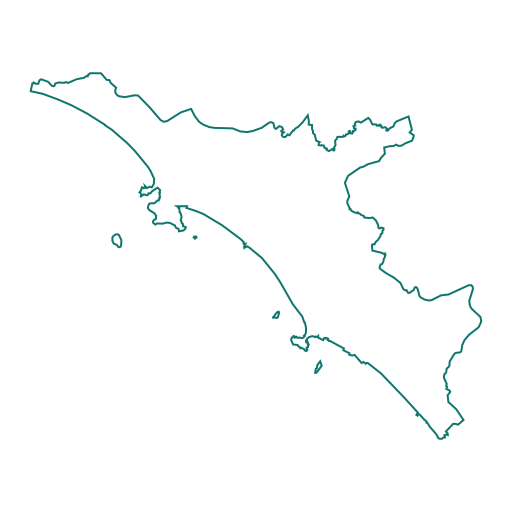 Laem Sing, Chanthaburi, Thailand (Albers equal-area conic projection)
{"feature_id": "78962969B29743694445242", "entity_name": "Laem Sing", "entity_type": "district", "adm_level": 2, "iso_a3": "THA", "parent_name": "Thailand", "parent_adm1": "Chanthaburi", "projection": "albers", "projection_center": [102.119, 12.455], "detail": "fine", "context": "isolated", "style": "outline", "palette": "teal", "viewbox_px": 512, "rotation_deg": 0, "n_neighbors": 0, "source": "geoboundaries", "source_scale": "gbopen_adm2", "svg_char_len": 6053}
<svg xmlns="http://www.w3.org/2000/svg" viewBox="0 0 512 512"><path d="M413.8,135.3L409.7,132.6L411.9,129.8L408.5,116.5L396.8,121.3L395.0,122.8L393.3,126.5L389.7,128.3L387.7,130.7L386.3,130.4L387.1,128.9L385.4,127.2L382.2,127.8L381.3,126.9L381.3,125.6L379.6,125.8L379.7,124.8L376.9,125.7L376.2,124.4L372.4,124.4L370.2,119.9L368.3,117.9L360.9,122.6L358.6,121.4L355.8,122.0L354.8,123.7L355.3,125.6L353.5,126.1L354.0,128.4L355.6,128.6L355.7,129.6L354.0,131.1L352.9,131.1L353.0,132.2L352.1,133.6L350.3,133.2L350.2,131.2L349.6,130.9L348.6,131.8L349.1,133.2L347.4,134.3L346.0,134.4L345.7,135.6L344.6,136.3L344.0,136.4L343.6,135.8L342.7,136.9L337.4,136.9L336.9,138.6L335.1,140.7L335.5,145.3L334.4,146.8L334.3,150.2L333.4,150.5L332.7,148.8L329.0,151.1L326.5,149.9L326.8,148.6L324.3,147.7L324.0,145.7L321.9,145.1L321.0,145.6L318.7,145.1L318.8,142.7L319.6,142.1L316.2,140.6L314.7,134.6L313.0,133.1L313.0,130.9L312.1,129.4L312.1,125.1L308.7,124.6L308.9,121.1L307.7,115.3L302.9,122.0L298.2,126.8L295.1,128.7L293.8,130.6L293.0,130.5L289.5,135.3L287.6,134.4L285.7,136.8L284.5,137.1L282.9,136.7L281.8,135.4L281.9,134.0L283.9,132.3L281.3,131.5L281.3,130.8L283.2,129.4L281.8,127.0L279.4,126.1L276.2,128.8L275.4,128.8L274.4,127.4L273.4,123.2L271.5,122.2L269.4,122.5L261.7,127.8L253.1,130.9L247.2,132.1L240.3,131.4L232.6,128.4L214.8,127.9L209.3,127.1L203.0,124.5L199.1,121.8L194.6,115.8L191.1,108.9L180.8,112.4L167.3,121.0L163.8,121.8L160.7,120.2L149.7,107.4L138.0,95.5L134.5,95.3L125.0,97.1L119.7,96.4L117.3,95.4L115.3,92.5L115.3,90.1L116.1,87.7L110.7,82.9L109.5,80.2L106.6,79.8L101.1,73.3L90.2,73.2L89.1,74.4L88.4,74.4L87.7,76.3L86.6,76.0L83.9,77.8L76.4,79.3L67.9,83.0L66.0,82.0L64.3,82.8L58.5,82.5L55.2,83.6L54.5,85.7L53.6,86.3L51.9,85.8L48.1,81.8L41.2,79.3L39.4,80.4L38.3,83.7L36.2,83.9L33.6,82.5L33.0,83.6L32.3,83.6L30.7,91.2L42.9,93.9L57.8,99.4L71.5,105.3L86.9,113.4L105.0,124.8L104.9,125.2L111.9,129.8L127.1,143.0L134.9,151.0L148.0,166.9L150.7,171.3L154.2,178.9L153.8,184.0L151.8,187.4L149.5,186.7L146.8,188.1L144.9,186.0L145.3,187.8L144.3,187.6L143.7,188.2L142.0,187.3L140.9,190.7L139.5,192.4L140.7,193.2L141.4,195.0L140.3,197.0L143.8,194.3L146.7,195.3L147.9,194.9L148.5,193.3L150.3,193.4L152.0,191.3L157.5,187.6L160.2,190.3L159.3,192.6L159.9,192.8L159.5,194.7L160.1,197.1L159.1,198.0L159.5,198.7L158.7,200.5L157.6,200.4L154.4,203.2L149.9,203.4L149.0,204.1L147.9,207.2L148.2,208.7L149.4,210.2L154.0,212.9L156.1,215.7L156.0,218.7L153.4,220.5L153.0,221.6L153.1,222.7L155.3,224.6L156.7,223.5L163.1,223.6L166.2,222.6L169.9,222.9L175.1,225.6L175.4,227.0L176.4,228.0L178.5,228.9L179.0,231.3L183.7,230.4L185.5,228.4L185.7,227.1L183.0,226.2L183.1,224.1L181.8,223.4L181.5,221.4L180.7,220.6L181.6,216.4L180.3,212.6L179.7,212.5L179.2,208.0L178.5,208.0L178.3,207.1L177.0,206.3L187.0,206.2L186.4,207.9L196.5,211.2L203.7,214.2L222.3,225.4L240.9,239.3L243.8,242.2L243.5,243.5L244.1,244.1L245.5,243.8L244.1,246.6L244.6,246.7L244.5,247.8L247.0,246.3L249.1,247.4L261.9,258.0L274.9,274.0L280.1,282.0L293.0,304.5L302.3,316.6L304.3,322.4L304.9,322.5L306.1,328.3L305.9,332.6L305.1,334.8L304.1,335.5L304.6,336.2L303.4,337.6L301.7,338.1L299.4,337.5L297.4,337.9L296.5,336.8L294.7,337.6L294.5,336.3L293.4,336.1L293.0,337.1L291.7,337.6L291.1,340.0L293.2,344.5L297.6,345.0L298.5,346.4L300.5,347.4L300.4,348.2L301.8,348.1L303.8,349.0L305.1,350.7L306.5,351.0L307.4,349.8L306.5,348.6L306.6,347.7L308.0,347.1L307.9,344.8L308.7,344.6L307.7,342.5L306.4,342.6L306.3,342.2L307.5,341.8L307.2,341.0L306.1,341.4L305.9,340.9L307.0,338.9L308.9,337.2L312.2,336.1L315.1,337.1L315.5,336.5L317.2,337.0L318.2,336.0L318.3,337.7L323.1,340.1L324.1,338.1L325.2,338.6L326.0,337.8L328.1,338.7L327.6,340.0L329.2,341.1L329.8,340.8L343.9,348.5L343.3,350.2L349.5,353.3L349.3,354.8L352.3,355.5L354.6,354.9L361.6,363.0L363.4,361.9L365.7,363.8L366.7,362.9L367.8,363.0L381.2,373.6L404.4,397.8L417.8,412.5L416.4,414.9L417.5,415.7L418.6,414.1L419.6,414.4L424.3,419.7L426.1,421.0L426.5,422.6L427.1,422.4L429.9,426.9L435.4,433.2L437.5,436.2L437.9,437.8L439.7,438.8L442.1,438.7L443.3,437.6L444.9,437.4L444.4,435.1L446.1,434.6L447.8,435.1L447.6,433.2L445.9,431.5L453.2,423.8L455.9,423.9L457.9,424.7L463.5,420.0L456.4,409.4L448.4,402.0L447.6,395.3L450.3,391.8L449.2,390.3L446.3,388.8L447.1,386.7L446.2,385.8L446.7,383.9L443.9,377.7L444.3,374.3L446.1,372.7L446.7,368.7L449.3,366.2L449.7,361.5L454.3,353.9L455.8,352.9L460.0,352.4L461.2,351.5L462.3,345.1L464.4,340.3L468.9,334.9L478.6,327.3L481.3,321.5L480.4,316.9L472.0,309.1L470.6,307.2L469.7,304.5L469.3,300.6L472.9,289.3L472.7,286.8L471.3,285.2L468.7,285.2L448.5,294.5L441.2,295.3L431.6,300.1L428.9,300.5L424.7,299.6L420.3,297.2L419.4,295.7L417.5,288.5L416.2,287.2L414.7,287.4L413.8,289.9L409.3,293.0L408.0,292.8L406.6,290.2L405.4,290.4L403.4,289.2L400.5,283.0L394.1,277.8L385.7,272.9L380.1,268.8L379.5,267.7L380.6,264.5L382.2,263.9L383.4,261.5L383.8,258.9L385.0,256.8L384.8,255.4L385.4,254.9L384.3,254.0L384.6,253.5L383.2,253.7L382.1,252.9L372.4,250.6L371.9,245.3L372.5,244.3L374.5,244.4L375.6,242.1L378.1,239.8L380.4,236.1L380.8,234.2L382.3,233.2L382.6,230.2L383.5,229.6L383.5,228.3L381.6,227.6L379.5,228.4L378.4,227.8L378.1,224.8L375.8,220.3L372.6,217.5L369.6,218.1L364.3,217.5L363.8,216.0L360.8,214.7L359.5,213.4L357.8,213.3L357.6,212.4L356.7,213.0L353.7,212.1L351.1,210.5L350.5,209.0L349.6,209.1L349.7,208.3L347.3,203.0L347.3,201.1L349.3,196.4L344.9,182.8L348.1,175.8L360.2,167.5L363.2,166.8L368.1,164.1L379.1,161.1L381.0,157.8L384.9,153.7L384.2,147.5L389.7,146.2L393.4,146.1L396.3,144.6L398.4,145.9L401.4,145.7L405.6,143.2L412.0,140.7L413.5,137.1L413.8,135.3ZM119.7,247.2L120.7,246.5L121.1,245.3L121.4,240.3L119.0,235.1L117.8,234.3L115.8,234.4L113.4,236.0L112.4,237.5L112.4,240.9L113.7,243.5L117.0,245.1L118.5,247.1L119.7,247.2ZM317.6,371.4L321.7,365.7L320.2,361.3L317.4,365.0L316.8,368.4L315.8,368.8L315.2,372.9L316.0,372.9L317.6,371.4ZM277.9,317.2L279.1,312.6L278.7,311.7L277.0,312.3L272.5,318.1L274.3,317.3L276.7,318.0L277.9,317.2ZM196.3,236.6L194.1,236.6L193.7,237.5L195.2,237.9L195.2,238.4L196.5,237.5L196.3,236.6Z" fill="none" stroke="#0f766e" stroke-width="2"/></svg>